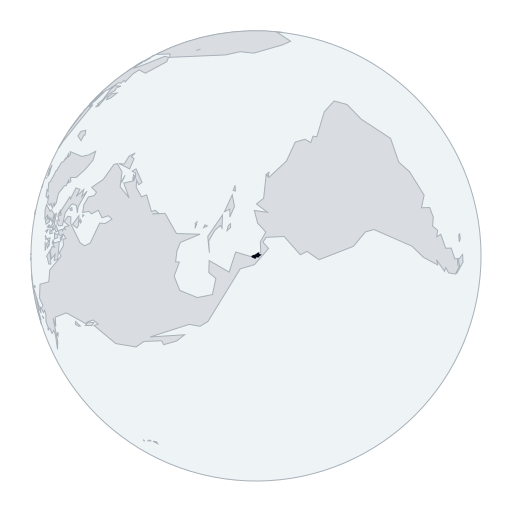 globe centered on Limón, rotated 281°
{"feature_id": "CRI-1329", "entity_name": "Limón", "entity_type": "Province", "adm_level": 1, "iso_a3": "CRI", "parent_name": "Costa Rica", "parent_adm1": "", "projection": "orthographic", "projection_center": [-83.398, 10.004], "detail": "fine", "context": "on_globe", "style": "filled", "palette": "ink", "viewbox_px": 512, "rotation_deg": 281, "n_neighbors": 0, "source": "natural_earth", "source_scale": "10m", "svg_char_len": 8973}
<svg xmlns="http://www.w3.org/2000/svg" viewBox="0 0 512 512"><g transform="rotate(281 256 256)"><circle cx="256" cy="256" r="225" fill="#eef3f6" stroke="#a8b0b8"/><path d="M276.3,262.5L270.9,260.1L265.8,266.9L247.2,256.2L240.4,243.0L182.5,221.3L176.3,214.4L176.1,203.4L156.3,167.5L165.1,201.0L157.5,194.3L151.3,182.3L154.8,179.5L150.7,162.2L143.8,155.6L143.3,135.0L156.9,110.3L159.1,114.1L162.1,108.4L159.5,103.5L157.1,101.8L164.0,80.7L157.7,70.6L148.7,72.9L156.2,68.7L134.3,77.7L126.4,79.0L139.7,74.4L144.4,71.7L141.2,70.5L145.4,67.6L146.2,65.6L151.4,62.4L158.8,60.8L162.4,58.9L159.9,58.3L163.6,55.3L166.7,56.4L173.5,51.5L187.1,49.4L191.1,57.5L203.0,56.2L218.7,64.8L221.6,62.3L229.4,65.0L235.7,63.3L236.8,66.1L240.9,62.5L238.6,60.4L239.7,58.3L243.2,57.3L245.2,60.4L243.8,61.3L246.2,61.8L245.7,63.9L247.9,62.3L250.0,66.6L253.1,61.1L259.1,63.6L259.1,66.8L252.3,68.0L235.4,80.8L233.3,85.7L237.1,90.8L258.5,96.3L259.0,101.6L264.6,107.6L267.4,103.6L264.1,97.6L270.8,92.4L265.9,86.4L267.9,83.7L265.7,77.6L273.3,77.2L282.0,80.2L284.3,85.5L288.2,87.3L292.0,81.6L302.0,91.5L318.5,98.9L320.3,102.1L313.1,108.4L298.1,109.4L288.8,120.4L302.3,112.2L306.5,121.4L310.4,122.7L314.4,122.0L315.7,118.3L318.7,121.6L306.6,130.1L303.6,127.3L307.5,124.4L300.5,125.3L292.3,132.3L295.1,137.0L279.8,144.8L281.6,148.5L279.3,152.7L277.4,146.1L280.5,158.6L262.9,173.6L266.7,196.9L254.9,179.2L245.8,177.4L235.0,178.2L235.4,181.9L220.5,179.5L207.7,187.7L204.0,206.3L209.8,220.6L226.3,220.9L230.8,212.8L242.6,210.9L235.1,232.7L256.0,235.3L254.4,251.7L260.6,260.0L270.8,257.5L281.4,261.1L288.6,251.3L300.4,245.7L301.1,258.9L307.2,246.5L314.1,252.5L337.2,250.5L335.6,253.7L355.1,267.8L375.3,272.8L380.0,281.9L377.7,288.1L384.5,289.1L384.6,292.9L410.6,295.5L423.1,303.1L422.1,316.4L410.4,333.2L397.1,365.7L375.4,378.2L368.0,390.7L347.8,409.4L334.9,409.2L336.7,417.2L328.0,422.6L319.1,423.6L315.9,429.3L309.3,429.8L312.6,433.2L299.8,440.7L301.0,446.1L291.1,451.8L292.2,454.7L289.2,454.8L285.5,456.0L284.5,457.7L276.3,455.1L276.2,448.2L280.8,444.5L276.9,443.9L286.8,434.0L281.9,436.1L286.6,420.7L295.4,407.3L304.5,366.8L300.5,358.8L284.0,349.7L264.4,318.6L270.2,305.3L265.7,299.2L280.5,279.9L276.3,262.5ZM53.0,195.3L54.5,190.2L54.7,193.7L53.0,195.3ZM54.7,187.0L54.3,188.7L54.4,187.3L54.7,187.0ZM54.3,185.8L54.6,186.7L54.0,186.2L54.3,185.8ZM53.5,185.0L54.0,185.2L53.9,185.4L53.5,185.0ZM266.0,204.9L289.9,215.3L276.8,217.3L279.2,215.1L273.1,210.6L261.8,206.7L250.2,209.6L266.0,204.9ZM53.1,182.1L53.1,181.2L53.7,180.9L53.1,182.1ZM275.6,191.6L271.5,190.8L275.4,190.6L275.6,191.6ZM155.3,101.7L159.0,103.8L159.8,109.6L156.3,108.1L155.3,101.7ZM154.4,91.7L157.3,91.5L153.7,96.9L153.2,95.3L154.4,91.7ZM141.2,75.7L143.5,76.3L139.9,76.9L141.2,75.7ZM145.4,65.9L143.4,66.8L144.7,65.5L145.4,65.9ZM261.6,78.4L263.6,78.1L263.0,79.3L261.6,78.4ZM258.7,76.3L256.6,78.1L254.9,77.4L256.3,76.3L258.7,76.3ZM153.9,59.6L156.5,57.5L155.1,59.2L153.9,59.6ZM261.7,74.4L252.2,76.0L249.3,74.8L252.0,69.8L261.7,74.4ZM158.9,56.1L165.2,51.7L161.4,53.1L175.7,47.3L165.6,52.5L164.5,54.3L162.4,54.5L158.9,56.1ZM236.4,60.2L239.0,62.4L233.6,61.5L236.4,60.2ZM232.8,60.2L214.9,61.9L212.9,58.7L219.3,58.5L214.1,55.6L221.9,53.0L226.5,54.1L226.3,56.6L229.4,53.9L232.8,60.2ZM182.6,45.2L185.2,44.1L183.9,45.0L182.6,45.2ZM239.7,57.4L236.2,57.8L234.3,55.0L240.8,53.6L239.3,54.9L239.7,57.4ZM208.9,56.2L208.6,54.1L214.9,51.4L215.6,50.4L221.9,52.7L208.9,56.2ZM241.5,55.1L244.1,53.1L248.2,53.7L242.9,56.8L241.5,55.1ZM231.0,54.9L230.4,53.5L232.9,53.8L231.0,54.9ZM264.3,55.5L260.2,55.6L258.8,54.0L264.3,55.5ZM244.8,52.3L243.4,52.2L242.4,51.7L244.9,50.6L244.8,52.3ZM225.9,50.9L228.6,50.4L223.6,49.7L228.1,48.1L231.5,50.1L231.9,48.5L233.3,48.0L234.6,50.3L225.9,50.9ZM244.4,48.2L250.4,50.8L258.2,50.7L259.6,51.9L246.8,52.0L244.4,48.2ZM238.5,49.2L242.5,48.8L242.3,50.3L239.4,51.6L238.5,49.2ZM229.9,46.3L222.1,48.3L221.6,47.9L229.9,46.3ZM246.8,47.7L245.3,47.2L247.4,47.5L246.8,47.7ZM235.1,46.3L232.5,47.0L232.0,46.4L235.1,46.3ZM244.6,45.6L246.5,46.3L244.6,47.1L244.6,45.6ZM240.3,45.6L240.3,44.7L242.8,46.9L239.2,46.0L240.3,45.6ZM235.1,45.6L234.0,45.5L236.3,45.5L235.1,45.6ZM250.6,42.6L254.2,45.2L250.1,46.7L247.1,43.9L250.6,42.6ZM289.5,460.4L276.7,456.2L284.1,458.1L290.8,455.3L297.0,458.5L289.5,460.4ZM308.6,452.8L315.4,451.0L316.6,451.7L312.2,453.2L308.6,452.8ZM416.2,97.6L412.2,94.0L416.9,98.7L421.1,102.7L426.1,108.3L416.9,99.8L420.3,106.2L434.6,128.3L434.4,132.3L429.7,131.3L414.3,112.5L416.4,105.7L411.0,100.1L401.9,94.4L403.3,93.2L399.9,90.4L399.8,88.0L391.2,79.4L389.9,77.0L378.3,69.0L376.0,67.0L383.5,72.1L388.0,74.8L383.7,70.4L380.4,68.2L373.2,63.6L388.4,73.7L402.8,85.1L416.2,97.6ZM367.8,60.4L366.5,59.7L365.9,59.3L367.8,60.4ZM361.5,56.9L362.6,57.6L354.2,53.4L345.8,49.4L343.5,48.6L357.2,55.3L362.2,57.9L365.8,59.6L380.0,68.3L383.3,71.0L370.2,63.6L373.4,67.0L361.8,60.7L331.9,44.8L323.6,41.4L325.4,41.7L343.8,48.5L361.5,56.9ZM195.4,39.0L190.6,40.5L184.7,42.3L177.7,45.1L178.4,45.0L182.3,43.7L175.7,47.3L161.4,53.1L160.6,52.9L152.2,57.2L151.7,56.6L147.5,58.6L148.4,58.1L163.6,50.6L179.3,44.2L195.4,39.0ZM480.5,237.8L480.6,240.0L479.8,233.3L479.4,234.5L473.4,249.0L468.3,241.7L454.7,215.1L453.5,201.4L447.6,187.8L434.5,133.2L438.0,133.1L434.9,119.8L435.6,120.3L442.8,130.5L444.2,132.2L452.6,146.0L460.0,160.3L466.3,175.2L471.5,190.4L475.7,206.0L478.7,221.8L480.5,237.8ZM446.4,158.0L448.5,162.1L446.4,158.0ZM337.9,250.3L340.7,252.7L337.1,253.0L337.9,250.3ZM275.3,222.7L280.2,222.9L282.9,224.8L279.1,225.6L275.3,222.7ZM315.9,221.1L321.4,222.0L315.8,223.4L315.9,221.1ZM293.5,216.6L311.5,221.0L300.6,225.4L289.2,222.9L297.0,221.4L293.5,216.6ZM273.8,199.2L276.9,200.0L276.2,202.5L273.8,199.2ZM278.4,191.5L277.3,191.7L275.6,189.8L278.4,191.5ZM307.2,120.8L308.3,120.3L312.6,120.3L310.9,122.0L307.2,120.8ZM329.7,112.3L334.1,117.8L329.8,114.8L328.3,117.7L317.4,115.4L320.6,103.6L321.1,109.1L329.7,112.3ZM303.7,109.9L310.3,112.1L303.0,110.2L303.7,109.9ZM380.9,79.5L383.7,80.1L387.8,83.6L389.5,88.5L383.5,83.3L380.9,79.5ZM386.6,80.4L373.2,72.7L371.6,70.0L374.8,72.7L375.1,71.6L380.3,75.8L391.9,81.5L396.3,85.1L397.0,91.0L394.3,86.8L391.8,86.2L386.6,80.4ZM341.6,64.0L335.8,62.2L339.9,58.2L344.9,60.4L346.9,64.9L342.2,65.1L341.6,64.0ZM268.3,66.0L265.8,66.8L265.2,65.7L266.9,64.2L268.3,66.0ZM262.5,55.7L278.6,62.0L276.6,63.0L288.5,66.3L287.8,70.5L280.1,68.1L288.4,74.2L281.1,73.8L287.4,77.8L270.3,72.0L264.2,72.4L271.3,70.2L272.2,66.2L270.7,64.6L261.9,60.5L249.0,60.1L247.9,56.6L250.4,54.3L253.3,53.9L253.2,56.1L257.2,54.0L259.2,57.0L262.5,55.7ZM281.3,38.2L279.9,39.5L288.3,38.6L290.4,40.4L291.2,40.2L295.4,41.8L302.0,43.6L301.9,44.4L304.5,44.8L307.3,46.1L310.8,47.1L311.9,49.1L316.3,50.6L314.4,50.8L321.6,52.8L316.7,52.3L319.9,54.4L323.0,53.8L320.5,66.0L323.3,72.5L328.2,78.6L319.1,77.8L308.7,72.0L298.9,64.7L297.6,58.9L293.7,60.0L291.9,57.7L295.7,57.8L288.8,56.3L288.4,54.6L279.6,50.1L269.9,49.8L266.5,48.4L270.1,47.7L264.2,46.9L268.6,44.8L266.3,43.9L268.3,41.3L276.5,40.9L273.2,40.0L274.6,38.4L281.3,38.2ZM251.5,41.8L260.9,40.2L266.6,40.6L260.7,45.2L262.2,46.3L258.7,49.9L250.4,49.4L252.2,48.3L252.0,47.2L254.7,47.8L252.4,46.6L254.8,45.2L253.6,44.0L257.0,43.7L251.5,41.8ZM434.0,117.9L432.3,115.8L432.1,115.5L431.5,114.8L434.0,117.9ZM426.1,109.8L425.3,108.5L430.4,114.2L430.6,114.9L426.1,109.8ZM420.5,103.3L424.9,108.0L422.6,105.8L420.5,103.3ZM382.3,70.9L381.0,69.6L382.5,70.6L385.3,72.6L382.3,70.9ZM306.5,38.4L304.8,38.4L303.4,38.0L296.4,37.3L294.3,36.3L297.7,36.3L306.5,38.4ZM303.1,37.1L300.5,36.8L301.0,36.6L303.1,37.1ZM292.4,35.5L292.4,35.1L293.2,36.1L292.4,35.5ZM258.5,30.7L259.6,30.8L256.4,30.8L253.9,30.7L258.5,30.7ZM281.8,32.6L285.5,33.1L284.9,33.2L281.8,32.6ZM183.7,44.4L185.0,44.2L182.5,45.0L183.7,44.4ZM208.5,35.8L212.2,35.0L209.0,35.7L208.5,35.8ZM215.9,34.3L213.9,34.7L214.9,34.5L215.9,34.3Z" fill="#d9dde1" stroke="#a8b0b8" stroke-width="1"/><path d="M258.6,257.8L258.4,257.7L258.2,257.6L258.1,257.8L258.1,258.0L257.9,258.1L257.8,258.6L257.8,259.0L257.8,259.7L257.7,259.6L257.6,259.4L257.4,259.4L257.3,259.1L257.2,259.0L257.1,258.9L256.9,258.7L256.7,258.7L256.4,258.6L256.2,258.5L255.9,258.6L255.7,258.1L255.6,257.9L255.6,257.7L255.8,257.3L255.9,257.1L256.0,257.1L256.1,256.9L256.2,256.7L256.3,256.7L256.2,256.4L256.2,256.2L256.3,256.2L256.2,256.1L255.8,256.1L255.3,256.1L255.2,256.1L254.8,255.9L254.5,255.8L254.4,255.7L253.9,255.5L253.9,255.3L254.0,255.3L254.0,255.2L254.2,254.9L254.3,254.9L254.3,254.7L254.2,254.6L254.2,254.4L254.3,254.3L254.3,254.2L254.3,253.9L254.3,253.7L254.4,253.4L254.5,253.4L254.8,253.3L254.8,253.2L254.7,253.2L254.8,252.9L255.0,252.8L255.0,252.7L254.9,252.5L254.9,252.4L255.0,252.4L255.1,252.5L255.3,252.8L255.3,253.0L255.2,252.9L255.1,252.6L255.2,253.0L255.3,253.1L255.2,253.1L255.3,253.2L255.5,253.5L255.7,254.1L256.0,254.5L256.8,255.5L257.1,255.9L257.2,256.0L257.3,256.0L257.5,256.0L257.6,256.3L257.7,256.5L257.8,256.6L258.0,256.9L258.2,257.0L258.3,257.0L258.4,257.3L258.7,257.4L258.8,257.4L259.0,257.5L259.2,257.8L259.0,258.0L258.9,258.0L258.7,257.9L258.6,257.8Z" fill="#0f172a" stroke="#020617" stroke-width="1.5"/></g></svg>